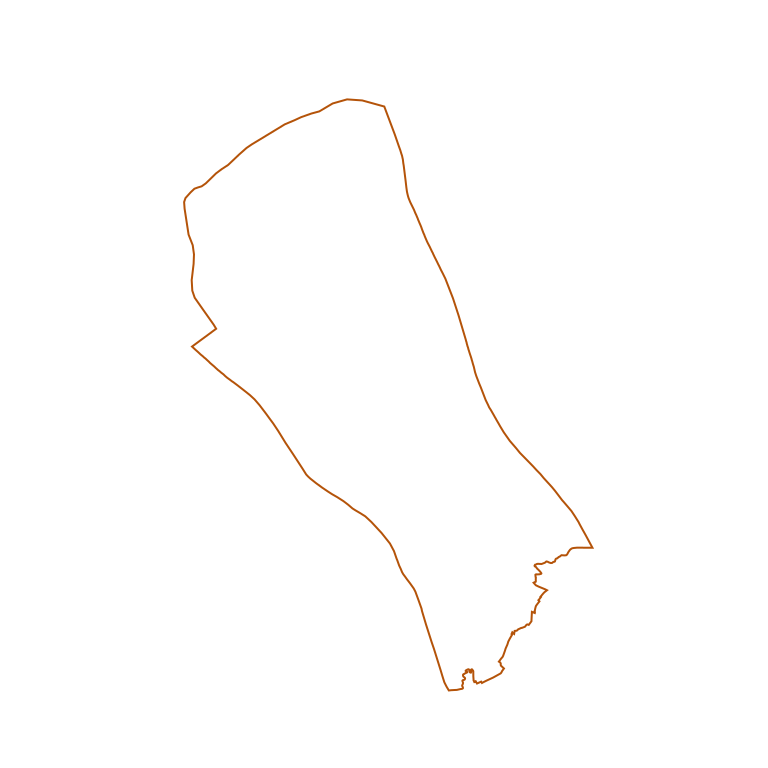 Thanh Phu, Bến Tre, Vietnam (Mercator projection), rotated 204°
{"feature_id": "81297802B66468397901634", "entity_name": "Thanh Phu", "entity_type": "district", "adm_level": 2, "iso_a3": "VNM", "parent_name": "Vietnam", "parent_adm1": "Bến Tre", "projection": "mercator", "projection_center": [106.488, 9.931], "detail": "fine", "context": "isolated", "style": "outline", "palette": "amber", "viewbox_px": 768, "rotation_deg": 204, "n_neighbors": 0, "source": "geoboundaries", "source_scale": "gbopen_adm2", "svg_char_len": 6142}
<svg xmlns="http://www.w3.org/2000/svg" viewBox="0 0 768 768"><g transform="rotate(204 384 384)"><path d="M279.1,212.5L273.7,209.3L270.9,207.1L264.4,200.4L258.4,194.1L256.9,192.0L247.9,181.5L235.6,167.7L230.5,162.2L222.4,153.0L215.8,145.5L212.1,141.2L209.9,138.7L207.5,136.0L203.8,133.0L200.1,130.4L198.1,131.6L193.0,134.2L189.8,136.6L188.9,137.1L188.5,137.5L188.2,138.0L188.2,138.3L188.4,138.7L188.9,139.3L189.6,139.8L189.9,140.2L190.0,140.6L190.0,141.4L190.0,142.3L190.1,142.7L190.3,143.2L191.5,144.5L191.7,144.8L191.7,145.0L191.5,145.5L191.1,145.8L190.6,146.2L190.2,146.7L190.1,146.9L190.1,147.4L190.1,147.8L190.2,148.0L190.5,148.4L190.9,148.6L192.1,148.9L192.6,149.1L193.1,149.6L193.3,150.0L193.5,150.4L193.5,150.8L193.4,151.1L193.1,151.5L192.7,151.8L192.5,152.3L191.7,153.3L191.0,154.0L190.8,154.4L190.9,154.7L191.2,154.9L192.6,155.0L192.8,155.4L192.7,155.6L192.1,156.5L191.2,157.5L190.7,157.8L190.4,157.8L189.9,157.5L189.5,157.1L189.2,156.4L188.8,155.8L188.3,155.6L187.6,155.5L187.2,155.7L187.2,155.8L187.2,156.1L187.4,156.5L187.5,157.0L187.4,157.3L187.4,157.6L187.5,157.9L187.9,158.1L188.1,158.3L188.2,158.5L188.0,158.8L187.7,159.1L186.5,158.6L186.1,158.4L185.9,158.2L185.6,157.9L183.5,153.3L181.5,149.5L181.1,149.3L180.2,148.4L179.7,148.7L180.0,149.3L179.4,149.8L177.2,148.2L174.2,151.6L172.9,150.7L172.1,151.8L169.8,154.6L164.9,160.2L159.7,167.1L159.4,168.3L159.4,169.6L158.7,172.9L162.7,174.3L163.0,174.7L163.2,175.0L163.5,175.8L163.8,176.3L164.4,176.7L164.9,176.9L165.4,177.0L166.1,177.1L165.7,179.0L165.5,180.0L165.1,181.5L164.7,182.6L164.6,184.1L164.7,185.5L165.0,189.4L165.3,191.8L165.3,192.9L165.3,196.0L165.5,197.9L165.7,199.2L165.6,200.6L165.5,202.5L165.0,207.1L165.8,207.4L165.8,209.4L163.5,208.7L164.2,211.6L163.3,212.1L162.6,212.5L162.3,212.8L162.0,213.4L161.7,214.4L160.6,215.6L159.6,216.8L159.1,217.2L158.9,217.2L157.6,218.5L156.8,219.3L156.5,219.6L155.9,221.9L155.4,222.6L155.2,222.7L153.8,222.8L153.3,225.0L152.8,227.2L156.2,236.0L153.1,236.1L153.3,237.0L154.1,237.7L154.0,238.2L154.5,240.3L154.7,241.5L154.9,242.7L154.8,243.6L154.4,245.5L153.6,248.7L155.0,249.3L154.7,250.2L154.0,253.1L154.5,253.2L153.9,255.4L153.2,257.8L152.7,259.1L151.2,261.9L153.4,262.0L160.2,261.8L163.4,261.9L166.5,263.3L165.9,264.1L165.0,265.0L165.0,265.3L165.6,266.7L166.0,267.4L166.5,268.9L166.7,269.1L166.9,269.2L168.1,271.3L168.0,271.6L167.6,272.0L166.6,272.4L164.9,273.2L164.1,273.8L163.5,274.3L163.2,274.6L163.2,275.0L163.4,275.2L165.0,276.1L167.4,277.1L168.9,277.6L169.8,278.1L170.7,278.6L171.3,278.7L171.6,278.7L172.1,278.8L172.5,279.1L172.6,279.4L172.5,280.0L172.5,280.3L171.9,280.7L171.6,281.1L171.3,281.6L171.1,281.7L170.8,282.0L170.3,282.3L169.6,282.6L169.1,282.8L168.7,282.9L168.1,283.2L167.6,283.4L167.1,283.5L166.7,283.8L166.0,284.5L164.5,286.0L164.2,286.4L164.0,286.8L163.9,287.1L163.7,287.6L163.3,288.0L163.0,288.0L162.7,288.1L162.2,288.2L160.7,288.1L158.7,288.3L158.4,288.5L157.7,288.9L157.4,289.3L157.3,289.7L157.1,290.1L156.8,290.4L156.5,290.7L155.9,291.0L155.7,291.5L155.8,292.4L156.0,293.6L155.8,294.3L155.4,294.8L154.8,295.2L154.4,296.2L154.0,297.1L153.4,297.6L153.2,297.9L153.0,298.4L152.6,299.1L152.4,299.5L152.2,299.8L151.1,300.2L150.0,300.6L149.1,301.0L148.4,301.4L148.1,301.5L147.8,301.9L147.4,302.7L147.3,304.1L147.2,305.4L146.9,307.0L146.6,308.3L145.8,309.8L145.2,310.5L143.9,311.4L140.9,313.1L138.1,314.3L127.0,319.2L133.2,324.0L138.5,328.1L142.8,331.3L144.0,332.2L148.3,335.5L150.1,337.0L155.9,340.9L161.1,344.2L166.7,346.9L172.4,349.6L174.0,350.3L179.6,353.4L184.2,355.9L188.6,358.1L193.4,360.2L199.8,363.0L204.4,365.3L209.7,367.4L214.5,369.5L231.9,376.4L237.2,379.1L245.9,383.2L254.8,388.5L256.1,389.4L258.4,391.0L260.7,392.6L262.7,394.1L267.0,397.2L267.6,397.7L269.3,398.9L271.0,400.2L273.2,401.8L275.8,403.7L278.4,405.4L280.4,407.2L282.8,409.2L284.6,410.7L286.9,413.0L294.1,420.2L297.2,423.1L299.9,425.8L302.8,428.7L305.6,431.8L306.5,433.0L309.0,436.3L310.4,437.9L311.1,438.7L311.9,439.7L312.8,440.8L313.7,441.8L314.3,442.6L315.1,443.5L315.9,444.4L317.1,445.7L319.0,447.8L320.0,449.0L320.8,449.8L322.1,451.5L323.1,452.5L323.8,453.4L324.9,454.7L325.5,455.6L326.6,456.8L327.2,457.6L343.8,477.0L355.8,490.3L370.8,505.2L375.5,509.1L376.5,509.9L378.4,511.4L381.5,514.1L383.5,515.7L384.3,516.4L385.6,517.5L386.5,518.2L387.8,519.3L388.7,520.0L389.9,521.0L390.8,521.8L391.9,522.7L392.7,523.5L393.9,524.4L396.6,526.7L397.4,527.4L398.2,528.1L399.0,528.7L400.1,529.6L400.9,530.2L402.8,531.8L405.4,534.2L407.2,535.9L408.0,536.8L409.1,537.7L412.6,541.2L413.4,542.1L414.1,542.8L415.9,544.5L416.8,545.3L418.8,547.2L419.7,548.0L420.6,549.0L421.5,549.8L423.5,551.7L424.6,552.6L426.3,554.2L427.3,555.2L433.9,560.7L436.5,563.2L437.2,563.9L438.5,565.4L439.9,567.2L441.3,569.1L443.6,572.8L447.2,578.9L454.8,591.5L456.2,593.6L458.1,596.8L459.3,598.4L460.4,599.9L461.8,601.4L464.2,604.2L467.1,607.2L475.7,616.4L496.6,637.6L519.2,634.2L533.5,629.0L545.0,619.4L554.0,606.7L560.4,601.5L568.2,594.1L573.0,588.6L580.3,580.8L587.2,570.8L602.2,549.2L605.6,543.7L609.7,534.7L615.5,520.7L619.7,514.2L623.1,508.1L628.4,494.8L631.0,490.4L633.9,487.9L636.6,485.3L638.6,480.5L641.0,473.1L640.6,468.9L637.5,463.1L623.3,441.0L615.2,433.0L610.3,425.1L606.8,416.3L602.4,402.2L602.0,400.8L597.1,391.3L592.0,385.8L580.5,378.9L563.7,368.9L559.8,366.2L574.6,340.1L573.1,339.6L569.9,338.5L566.7,337.5L563.6,336.4L560.6,335.6L559.3,335.1L557.3,334.6L555.9,334.1L554.1,333.5L552.9,333.1L551.8,332.6L550.5,332.2L547.8,331.4L546.4,331.0L545.0,330.5L543.9,330.1L542.9,329.8L541.5,329.3L540.2,329.0L538.7,328.6L537.5,328.2L535.8,327.8L534.5,327.5L533.5,327.1L532.1,326.6L529.7,325.9L526.8,325.3L523.9,324.6L522.5,324.4L517.7,323.3L510.4,321.5L501.9,319.3L496.0,317.3L489.0,314.0L479.7,308.9L473.8,305.5L469.2,302.9L461.6,298.1L449.9,290.1L438.5,282.9L423.8,273.4L418.3,269.7L415.7,268.6L412.8,267.6L410.0,266.9L405.8,265.8L398.4,264.2L391.7,263.0L386.5,262.2L380.6,261.6L373.4,260.5L367.5,259.1L362.2,257.5L358.9,257.0L353.6,256.4L347.3,255.5L339.4,252.8L325.6,246.9L313.7,240.7L306.9,235.4L301.3,229.4L300.4,228.6L296.3,224.3L293.5,221.9L291.0,219.5L289.1,218.1L286.4,216.6L283.7,215.0L279.1,212.5Z" fill="none" stroke="#b45309" stroke-width="2"/></g></svg>